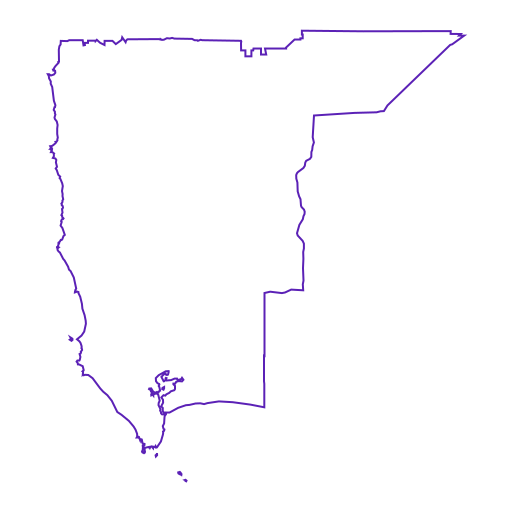 Augusta Margaret River, Western Australia, Australia (Natural Earth projection)
{"feature_id": "25037944B11828737752872", "entity_name": "Augusta Margaret River", "entity_type": "district", "adm_level": 2, "iso_a3": "AUS", "parent_name": "Australia", "parent_adm1": "Western Australia", "projection": "natural_earth1", "projection_center": [115.105, -34.115], "detail": "fine", "context": "isolated", "style": "outline", "palette": "violet", "viewbox_px": 512, "rotation_deg": 0, "n_neighbors": 0, "source": "geoboundaries", "source_scale": "gbopen_adm2", "svg_char_len": 5851}
<svg xmlns="http://www.w3.org/2000/svg" viewBox="0 0 512 512"><path d="M60.8,40.9L60.6,44.5L59.4,46.2L58.8,49.7L59.0,61.4L58.2,62.0L58.6,62.7L55.7,65.8L54.3,67.7L53.6,69.5L53.0,69.6L53.4,70.6L54.6,70.4L55.1,70.8L55.3,72.8L53.9,74.5L50.9,75.5L49.1,74.2L47.8,74.2L48.8,76.0L49.1,78.4L50.8,81.5L50.7,83.7L52.2,87.0L53.9,100.8L55.4,105.2L55.0,107.1L54.5,107.2L53.7,109.9L54.9,111.7L54.9,113.4L55.4,114.5L54.5,117.5L54.9,119.0L56.8,121.5L57.6,125.0L57.2,128.6L57.2,134.0L57.8,137.6L57.3,139.4L57.4,140.4L56.6,141.6L55.6,141.8L56.0,142.5L55.5,143.2L53.4,145.0L51.9,146.0L50.2,146.2L50.7,147.3L51.3,147.7L50.7,148.4L51.7,148.2L52.1,148.8L52.0,149.3L50.9,149.7L51.8,150.4L51.0,152.1L52.3,152.1L54.1,153.5L53.8,154.0L53.9,156.2L52.9,157.9L55.4,158.5L56.3,159.9L55.9,162.4L57.0,166.8L55.7,168.5L56.8,170.2L58.3,174.8L60.2,176.6L59.6,178.1L60.4,179.0L62.2,183.3L62.8,186.1L62.0,191.0L62.6,194.0L62.5,196.1L63.2,199.3L62.4,200.6L62.5,201.9L61.4,203.7L61.8,204.1L61.8,205.3L62.6,205.9L63.0,207.4L62.6,208.6L62.0,209.0L62.5,212.6L61.4,215.1L62.1,215.6L62.1,216.8L63.5,218.4L63.0,219.1L62.2,219.1L61.4,220.3L61.1,221.2L61.7,221.9L60.6,225.6L62.4,228.0L64.8,234.9L63.5,236.0L62.2,239.5L61.4,240.0L60.8,239.9L59.7,241.8L58.5,242.6L58.4,243.1L59.0,243.5L58.1,245.3L58.3,246.5L57.1,246.9L57.0,247.5L58.4,247.7L57.6,248.4L57.5,249.8L58.5,251.4L59.9,252.5L63.2,258.9L64.6,260.5L68.1,266.7L69.0,269.6L70.6,271.1L73.8,277.5L76.2,288.6L75.4,289.9L75.7,291.3L75.0,291.4L74.9,292.4L77.1,291.6L78.4,292.0L78.5,293.2L80.2,296.7L81.9,303.7L82.4,308.7L84.6,315.2L85.7,320.8L85.9,323.8L84.2,331.6L81.5,335.6L77.0,339.3L79.4,341.3L80.5,342.9L81.5,345.8L81.7,347.2L81.4,348.1L81.9,348.8L82.1,350.0L80.8,351.8L81.0,352.5L80.6,353.5L79.6,354.0L80.4,356.9L79.8,359.7L79.4,360.5L77.4,360.5L76.6,361.6L77.8,363.2L77.9,364.4L79.2,364.5L82.7,366.2L83.7,370.1L82.5,371.3L83.1,371.7L82.8,374.5L83.1,374.2L83.3,375.1L83.7,375.3L84.9,374.8L88.3,375.0L92.6,378.2L100.2,388.4L103.2,391.7L107.4,395.2L111.8,400.8L117.3,412.0L121.5,414.8L128.9,420.9L133.6,426.5L135.5,429.6L137.1,433.8L137.2,436.6L136.7,437.5L137.3,437.5L137.9,436.5L138.3,436.7L138.8,437.6L139.1,437.4L139.9,439.6L140.1,439.1L141.2,439.3L141.3,441.2L142.0,440.5L142.6,443.5L144.5,443.9L144.5,444.8L143.5,445.0L142.7,445.7L142.8,446.4L143.5,446.5L142.9,447.5L142.6,450.9L142.0,451.3L142.3,452.3L143.0,452.7L143.4,452.3L144.1,453.1L144.8,452.6L145.0,451.7L144.6,449.9L144.8,447.9L148.4,447.0L149.0,447.5L149.5,447.1L149.9,447.9L150.5,446.7L151.6,446.4L153.1,448.2L153.3,446.7L154.9,447.1L155.5,446.1L156.1,447.6L156.9,447.4L160.9,441.5L162.9,434.7L163.2,432.8L163.0,431.5L163.9,431.0L164.3,430.1L164.4,429.4L163.5,428.8L162.8,426.1L164.1,423.5L164.5,417.3L164.7,416.0L166.0,414.2L166.0,413.3L165.6,413.0L165.4,413.9L164.8,414.3L162.7,414.4L161.9,414.3L161.0,413.2L161.0,412.2L160.1,410.5L160.4,409.1L158.5,405.1L158.7,402.9L159.7,400.7L158.3,394.9L157.1,393.6L155.2,393.6L154.7,394.0L153.8,393.7L153.3,394.4L153.3,395.5L152.5,394.5L151.3,395.3L151.2,394.4L152.0,393.0L151.9,392.4L151.0,391.5L150.4,389.4L149.4,389.4L149.0,389.1L149.2,388.7L148.5,388.6L151.2,388.4L153.1,391.5L154.5,392.4L155.7,392.6L157.0,391.9L157.9,392.6L158.5,392.5L159.0,391.3L160.1,390.7L159.4,387.2L158.7,386.0L159.4,384.5L159.2,384.0L157.5,383.2L156.0,381.2L155.8,378.1L158.7,375.2L165.7,371.3L168.6,371.1L168.7,371.9L168.0,374.6L166.9,375.0L165.7,374.5L165.6,373.7L164.4,373.7L161.4,376.9L163.7,381.3L164.3,381.2L165.6,379.6L165.9,378.4L165.1,377.6L166.5,378.1L165.8,379.9L166.4,380.5L171.1,380.1L174.6,378.6L177.0,378.6L177.2,379.4L178.3,379.9L181.2,379.1L182.0,377.8L183.4,379.8L182.0,381.4L178.6,381.1L176.2,381.8L175.2,383.6L173.4,383.6L173.4,384.3L175.0,385.9L175.0,389.0L174.3,390.2L170.9,391.3L169.2,392.9L166.4,394.3L165.3,395.6L163.5,395.2L161.4,397.4L163.0,399.8L163.1,402.7L161.2,406.3L162.8,408.0L162.7,410.2L163.1,412.0L163.7,412.5L169.6,412.5L178.2,407.8L185.9,405.2L189.5,404.9L195.5,403.5L200.3,403.3L204.1,404.1L207.5,403.1L218.9,401.4L232.7,402.2L250.4,404.6L264.3,407.3L264.3,383.8L264.0,381.3L264.0,355.7L264.5,355.9L264.5,293.0L270.2,291.7L281.9,293.1L285.0,292.5L291.2,289.6L303.2,290.3L302.8,284.3L303.5,280.7L303.0,268.1L303.4,258.9L303.2,252.0L303.9,248.5L303.9,243.6L302.6,240.8L297.7,235.5L297.0,233.2L299.4,224.8L302.8,219.3L303.5,216.1L304.5,214.1L304.7,211.7L304.0,209.6L301.6,207.1L301.0,205.7L300.5,199.2L299.1,196.3L297.7,191.4L297.4,182.5L296.3,178.6L296.2,175.1L296.9,173.3L297.9,172.1L303.4,168.0L304.8,165.8L305.3,162.5L306.2,160.8L309.9,158.9L311.3,156.9L311.4,152.0L312.2,149.9L312.6,146.3L313.9,142.5L312.7,137.2L314.0,115.5L354.5,112.9L376.6,112.3L380.5,111.3L383.9,111.1L387.5,105.4L450.2,44.9L452.2,44.3L464.2,35.6L459.1,35.6L460.7,34.0L450.6,33.9L450.7,31.1L363.3,31.3L301.9,30.7L301.9,34.5L302.7,34.5L302.7,38.3L300.4,38.3L300.4,39.5L294.6,39.5L286.0,47.6L286.1,48.5L265.0,48.5L266.2,54.5L261.0,54.5L261.0,48.5L253.5,48.5L253.2,50.4L251.4,50.4L251.4,56.3L245.4,56.3L245.4,50.4L241.1,50.4L241.0,42.8L241.3,41.7L241.0,40.8L202.3,40.2L200.6,39.8L197.9,40.8L197.4,40.3L194.5,40.2L192.1,38.9L174.4,38.6L172.1,37.9L169.8,38.5L166.9,38.2L163.9,39.7L161.9,39.9L160.4,39.0L160.2,39.5L158.7,39.1L127.4,39.3L126.1,40.6L125.6,42.2L122.2,37.3L121.6,39.9L115.8,44.1L112.5,40.9L104.6,40.9L104.5,45.0L100.1,42.8L96.8,39.8L95.5,41.2L95.4,40.7L88.0,40.7L88.0,42.9L84.6,42.9L84.9,45.1L83.5,45.4L82.7,40.2L69.2,40.2L67.4,41.1L60.8,40.9ZM180.4,473.1L180.6,472.7L179.8,471.9L178.2,472.4L178.4,473.4L179.3,474.0L180.6,474.6L181.0,474.3L181.4,474.7L181.5,474.1L180.4,473.1ZM69.8,339.7L71.5,340.8L72.5,339.9L72.4,338.7L70.4,337.4L71.1,338.8L69.8,339.7ZM162.2,389.0L163.5,389.7L164.1,388.4L164.1,387.0L162.5,387.9L162.2,389.0ZM155.9,456.5L157.1,455.2L157.0,453.1L156.8,454.3L155.6,455.3L155.9,456.5ZM184.9,480.0L185.5,480.3L185.5,481.0L186.2,481.3L186.5,480.6L185.5,479.8L184.9,480.0Z" fill="none" stroke="#5b21b6" stroke-width="2"/></svg>